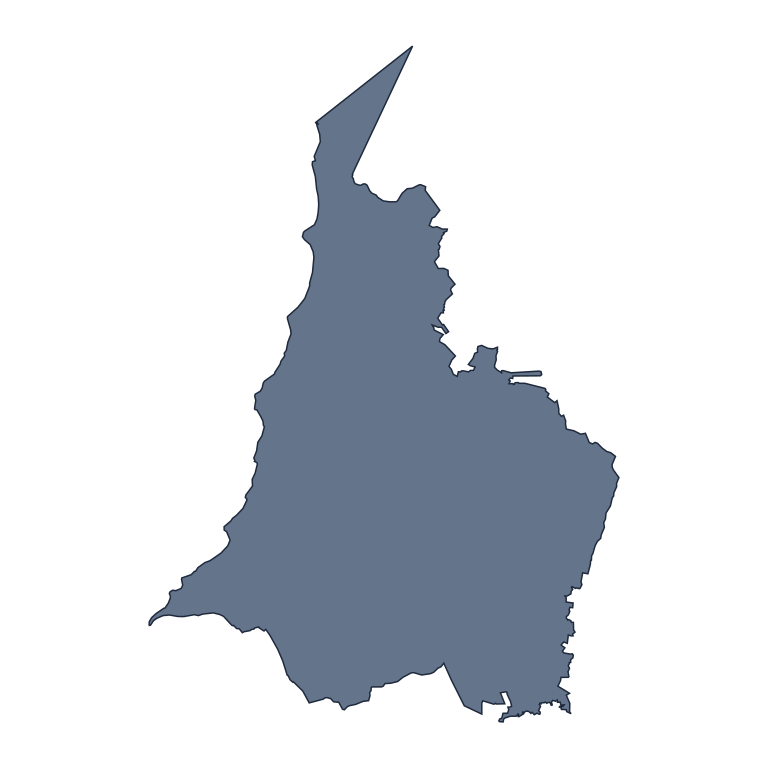 San Onofre, Sucre, Colombia
{"feature_id": "7082276B86693666640795", "entity_name": "San Onofre", "entity_type": "district", "adm_level": 2, "iso_a3": "COL", "parent_name": "Colombia", "parent_adm1": "Sucre", "projection": "albers", "projection_center": [-75.504, 9.884], "detail": "fine", "context": "isolated", "style": "filled", "palette": "slate", "viewbox_px": 768, "rotation_deg": 0, "n_neighbors": 0, "source": "geoboundaries", "source_scale": "gbopen_adm2", "svg_char_len": 6130}
<svg xmlns="http://www.w3.org/2000/svg" viewBox="0 0 768 768"><path d="M412.6,46.1L315.6,122.5L316.3,123.5L318.0,122.6L317.2,123.6L318.0,124.2L316.8,125.0L319.7,134.4L320.3,141.7L314.2,156.4L315.4,160.7L312.5,161.7L312.2,164.9L315.3,176.4L316.6,188.8L318.2,196.3L318.7,204.6L318.2,212.1L317.0,218.9L314.5,224.7L304.5,231.2L303.5,232.4L302.4,236.7L304.5,239.7L310.2,244.6L313.2,251.9L313.9,257.2L312.5,272.4L309.7,282.7L309.6,286.1L304.8,298.5L297.9,307.3L287.5,316.6L287.4,318.4L290.7,330.2L291.0,334.1L287.9,342.1L286.3,350.4L284.3,353.1L284.6,356.1L281.1,360.9L280.0,364.4L274.9,372.3L274.5,374.0L264.5,381.1L263.3,382.9L262.2,387.9L260.3,391.2L255.2,394.2L254.7,396.3L255.8,400.2L254.5,408.6L255.0,409.6L256.9,409.9L260.6,416.3L263.0,421.2L263.4,425.4L264.4,426.7L261.9,435.9L257.8,442.3L256.6,450.9L253.8,458.1L254.9,460.4L254.4,461.4L256.7,462.5L257.4,463.9L255.2,473.0L252.2,479.4L252.5,486.0L245.8,495.1L245.3,497.4L246.9,499.2L246.8,500.3L243.0,508.4L236.5,515.3L232.6,518.3L230.9,520.9L224.1,526.7L224.2,530.1L226.6,531.7L230.1,540.1L227.8,545.8L221.0,553.1L210.0,560.7L204.9,562.6L197.9,567.6L195.6,571.3L194.4,571.4L191.2,574.7L181.9,577.9L181.5,579.2L182.7,585.2L181.2,588.4L175.7,590.7L172.8,590.2L170.2,591.7L169.3,593.5L170.3,595.7L170.3,598.0L168.4,603.0L164.9,608.2L163.9,608.2L156.3,613.4L151.7,617.6L149.3,621.6L149.1,624.8L149.3,625.4L150.5,625.2L153.5,620.7L156.8,618.3L163.0,615.6L169.4,615.0L178.0,616.5L183.8,616.6L194.4,614.7L198.5,615.6L202.6,614.1L213.3,612.9L219.7,614.5L223.5,616.3L231.7,625.2L233.1,625.8L233.7,625.4L236.5,628.5L239.4,628.9L242.3,632.7L244.1,631.7L250.1,630.6L251.7,629.4L253.9,629.1L254.8,627.9L258.8,627.0L258.9,627.7L264.0,631.0L265.8,629.4L269.8,635.1L277.7,649.2L282.8,661.1L287.2,675.2L288.2,675.8L290.1,679.8L292.9,682.3L293.6,682.0L302.9,691.2L309.2,702.9L323.1,699.2L325.3,697.7L327.6,697.7L330.8,698.7L333.6,701.8L338.8,702.3L342.5,709.2L344.4,709.8L347.1,706.9L349.4,705.7L355.6,704.4L363.3,701.3L368.6,700.7L370.0,695.7L369.7,692.6L371.1,690.5L371.1,687.9L372.0,686.9L381.6,686.9L383.3,686.1L385.0,683.6L390.9,683.2L397.7,681.5L402.9,677.3L411.4,672.8L413.9,672.7L421.7,675.0L430.3,673.7L433.8,672.2L437.9,668.2L441.0,666.8L443.8,663.2L451.6,680.5L464.3,705.8L481.8,714.1L481.8,703.2L482.8,700.8L493.9,704.2L495.5,703.3L496.1,704.0L504.8,703.8L500.4,692.8L505.8,691.8L506.9,692.2L507.1,694.1L510.6,701.7L511.6,706.2L509.8,707.2L507.9,707.1L508.7,709.7L507.6,713.2L503.0,713.3L501.8,718.1L499.7,719.0L498.8,720.9L499.7,721.7L503.2,721.9L503.6,719.2L504.8,718.1L510.4,716.2L516.2,716.2L518.0,714.0L518.6,714.3L518.1,716.5L519.0,716.6L523.8,713.7L523.9,713.0L522.5,713.0L522.8,712.0L524.3,712.3L526.2,711.1L528.9,711.5L530.9,713.4L532.1,712.3L534.3,714.7L537.0,713.2L539.1,714.2L540.0,714.0L540.2,712.2L538.6,710.6L540.5,706.4L539.3,704.5L540.0,703.1L541.0,704.0L542.1,702.5L543.9,702.9L545.5,702.0L546.7,703.3L549.0,702.2L550.3,703.0L551.1,705.1L551.9,705.3L552.2,704.5L551.4,702.2L552.6,700.4L555.6,701.2L557.3,700.0L557.5,702.3L560.2,702.2L560.9,705.2L564.1,704.8L563.0,706.3L559.6,706.5L559.4,707.1L561.2,707.8L561.4,709.4L566.2,709.7L566.7,711.6L571.1,713.7L569.6,711.9L569.8,703.4L566.3,695.2L569.5,693.3L557.9,686.2L560.5,680.7L561.0,677.4L568.3,677.3L568.9,676.6L568.0,671.6L569.5,668.3L568.2,665.6L569.4,663.6L569.3,662.6L570.7,662.4L570.6,659.8L572.9,657.8L573.3,655.2L572.3,653.8L570.3,654.1L563.8,652.9L562.4,651.2L564.9,647.8L561.4,645.4L561.3,644.7L563.9,642.0L567.3,643.3L568.3,635.0L571.1,635.9L573.1,635.8L572.5,634.2L575.0,632.1L573.6,629.8L573.4,622.4L571.3,622.3L571.0,620.9L568.8,619.6L567.7,620.1L566.2,617.6L566.3,616.7L568.3,614.9L569.8,611.4L569.1,610.1L569.8,607.4L572.7,607.7L573.1,603.0L566.1,602.0L566.2,597.9L565.0,596.0L566.9,596.1L570.9,593.9L571.2,591.2L572.7,589.4L571.5,587.5L572.1,586.6L575.4,588.4L576.4,587.9L579.5,588.7L580.2,588.0L581.9,584.6L581.0,581.8L582.7,572.8L587.9,573.8L590.3,564.6L590.7,560.3L591.4,560.2L591.6,555.6L592.7,554.1L595.1,545.8L597.4,541.4L600.7,538.4L601.2,534.9L604.4,527.4L603.7,522.7L605.5,518.9L606.0,513.1L610.4,506.0L612.3,497.8L613.7,496.0L613.8,493.0L616.6,486.8L616.6,483.2L618.9,477.6L613.3,469.8L612.2,467.1L612.1,464.5L615.5,456.4L610.7,452.7L606.8,451.5L602.3,448.2L597.5,443.3L595.1,442.4L592.6,443.9L589.3,442.6L585.4,433.3L580.7,434.2L574.0,430.8L566.4,429.1L565.5,424.1L565.7,421.0L563.6,415.2L561.4,416.3L558.8,413.3L558.8,408.9L557.0,400.7L554.7,402.6L547.3,397.0L548.9,393.8L545.4,390.7L545.8,389.4L545.0,388.4L524.9,383.3L519.0,383.3L518.4,382.6L516.4,382.6L515.0,382.8L514.4,384.3L513.3,384.4L513.0,383.6L509.0,383.7L510.2,381.0L508.7,380.0L510.4,378.0L512.7,378.5L513.0,376.0L540.3,375.8L541.7,374.6L541.0,371.6L539.1,371.1L511.2,372.8L503.2,370.6L501.6,370.7L501.6,372.8L497.3,370.1L494.6,367.3L494.7,364.7L496.2,360.0L496.0,355.6L497.6,351.4L496.7,350.1L497.5,349.4L497.5,347.2L493.0,348.9L487.9,348.3L481.6,345.4L478.0,346.5L477.4,348.6L477.6,352.2L474.8,353.3L472.9,358.5L468.3,364.4L470.3,365.7L475.1,367.0L473.4,370.4L470.4,370.4L468.7,371.9L463.2,370.8L461.5,370.9L460.6,371.9L458.4,371.7L457.2,376.4L453.3,374.3L451.4,369.4L449.0,366.4L451.7,360.2L455.4,356.0L445.0,344.8L439.5,341.6L439.9,338.6L443.3,334.6L434.1,330.0L433.8,327.7L432.2,325.0L438.0,327.2L441.6,327.3L445.9,333.5L448.6,331.7L443.6,324.5L442.6,325.0L441.9,324.2L437.7,318.2L441.0,312.9L443.4,312.8L443.1,310.4L444.1,310.4L443.7,308.2L444.5,307.0L443.8,305.1L444.7,304.1L444.7,302.4L446.2,299.7L452.4,293.9L450.5,289.9L451.3,287.9L455.0,284.2L448.3,275.8L448.0,270.3L443.9,268.4L438.3,268.5L434.7,262.2L434.7,261.3L439.0,255.9L438.4,249.6L439.2,249.2L440.0,246.4L438.3,243.7L441.8,238.0L441.6,236.4L444.1,233.6L443.5,232.6L446.8,231.1L447.3,229.1L442.4,229.1L437.0,226.7L433.0,227.5L429.2,225.4L432.2,218.0L434.7,216.9L439.8,210.3L425.2,190.4L425.6,186.7L421.0,184.8L419.3,184.8L412.3,188.2L407.2,188.7L402.1,193.3L397.5,200.9L395.9,201.8L389.5,201.8L383.2,200.9L377.7,197.3L376.1,195.0L372.0,193.3L369.8,190.9L367.1,185.2L365.4,184.0L363.3,183.9L361.0,185.2L359.6,185.2L355.5,183.9L354.2,182.3L353.2,178.4L352.1,176.9L352.8,174.6L352.3,174.2L412.6,46.1Z" fill="#64748b" stroke="#1e293b" stroke-width="1.5"/></svg>